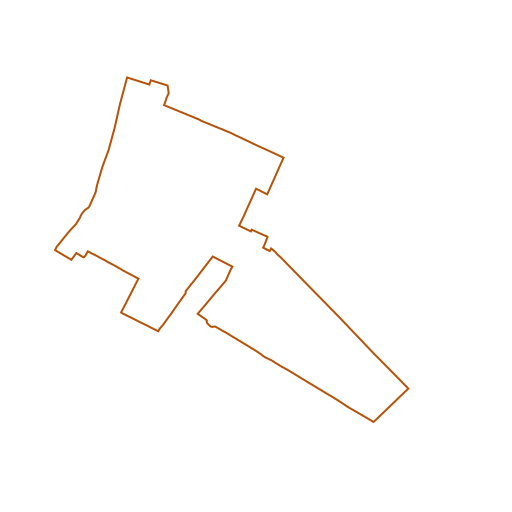 Gura Padinii, Romania (Albers equal-area conic projection), rotated 117°
{"feature_id": "2599482B60613524156855", "entity_name": "Gura Padinii", "entity_type": "district", "adm_level": 2, "iso_a3": "ROU", "parent_name": "Romania", "parent_adm1": "", "projection": "albers", "projection_center": [24.327, 43.755], "detail": "fine", "context": "isolated", "style": "outline", "palette": "amber", "viewbox_px": 512, "rotation_deg": 117, "n_neighbors": 0, "source": "geoboundaries", "source_scale": "gbopen_adm2", "svg_char_len": 3465}
<svg xmlns="http://www.w3.org/2000/svg" viewBox="0 0 512 512"><g transform="rotate(117 256 256)"><path d="M350.5,75.9L349.8,75.7L348.6,75.2L308.7,61.4L305.0,60.1L304.3,62.0L300.3,74.0L291.9,99.2L289.2,107.4L272.3,155.3L262.0,186.0L246.2,232.9L246.0,233.5L244.7,238.5L243.6,240.7L242.4,246.0L245.3,246.0L245.3,248.1L245.3,248.4L245.3,249.4L245.5,249.4L245.5,250.3L245.3,250.4L245.3,251.7L245.3,252.3L245.3,253.4L241.2,253.6L239.3,253.8L237.6,254.0L235.4,254.2L234.0,254.5L233.6,254.6L234.0,260.7L234.1,262.5L234.5,271.8L236.4,271.7L236.7,284.8L226.7,285.0L214.5,285.6L196.0,286.5L196.0,274.0L186.3,274.5L155.9,276.1L156.6,294.6L157.1,306.0L157.8,330.9L157.8,334.7L160.5,367.1L160.2,367.7L161.6,385.3L163.3,406.3L155.5,407.5L150.6,407.7L147.4,409.9L144.2,412.2L147.2,429.5L151.7,428.9L152.6,434.7L155.5,451.9L182.7,446.1L205.7,440.2L228.2,435.5L246.7,433.3L265.5,429.7L272.1,427.8L272.5,427.7L273.0,427.8L274.0,427.7L288.0,427.0L289.4,427.5L291.0,428.4L292.3,429.1L293.8,429.6L295.4,430.0L296.8,430.2L298.1,430.4L299.6,430.4L301.2,430.3L302.6,430.3L303.9,430.4L305.5,430.6L307.0,430.7L309.4,430.9L311.2,431.4L313.5,432.1L315.4,432.7L320.2,433.9L338.5,437.8L342.0,437.7L343.2,418.8L334.9,417.4L335.5,410.3L335.5,409.4L335.0,408.7L334.3,408.4L333.3,408.2L328.2,407.9L328.3,402.7L328.2,399.8L328.3,396.4L328.4,393.3L328.4,390.3L328.4,388.2L328.5,386.9L328.7,384.7L328.7,382.4L328.7,379.4L328.7,377.3L328.9,375.0L329.0,372.0L329.1,369.9L329.3,367.7L329.4,361.3L329.4,358.3L329.5,356.1L329.6,353.2L329.5,350.4L331.1,350.5L338.6,350.5L349.8,350.5L355.2,350.5L367.5,350.6L367.8,349.8L367.7,348.1L367.8,347.4L367.7,346.3L367.7,344.3L367.7,341.5L367.6,339.2L367.6,337.5L367.6,335.1L367.6,333.0L367.6,330.6L367.6,327.9L367.5,325.9L367.5,323.5L367.4,320.8L367.5,318.3L367.5,315.8L367.4,314.5L367.5,311.8L367.4,309.0L366.1,308.9L363.5,308.6L359.6,307.6L351.2,306.3L344.8,305.2L340.8,304.7L333.5,303.7L327.8,302.8L323.6,302.2L321.1,301.8L319.2,302.7L316.6,302.1L313.1,301.4L310.7,301.0L307.9,300.3L299.7,298.7L296.8,298.2L276.1,294.3L276.2,272.2L280.8,272.4L282.6,272.2L291.1,271.7L292.7,271.9L308.9,275.9L314.5,277.1L321.4,278.7L334.0,281.7L335.4,271.6L335.7,270.6L336.0,270.5L336.5,270.4L337.2,269.7L337.9,269.2L338.3,268.0L339.4,265.0L339.3,263.7L338.9,262.5L337.8,261.3L337.4,260.0L337.4,259.0L337.5,257.4L337.6,255.7L337.9,250.7L337.9,246.9L338.4,242.0L340.5,213.4L341.1,208.7L341.1,207.7L341.7,205.1L341.8,204.4L341.9,203.8L342.0,203.2L342.1,202.5L342.1,201.0L342.0,199.5L342.0,197.9L342.0,196.8L341.9,195.4L342.0,193.8L342.1,192.9L342.2,192.3L342.3,191.3L342.4,190.2L342.5,189.4L342.5,188.3L342.6,187.4L342.7,186.3L342.7,185.6L342.8,185.2L342.9,184.5L342.9,183.8L343.0,182.9L343.0,181.7L343.0,181.1L342.9,180.7L343.0,179.7L343.0,179.3L343.1,178.9L343.1,178.1L343.1,177.2L343.2,175.4L343.3,174.1L343.4,172.8L343.5,171.4L343.6,169.7L343.7,168.4L343.8,167.2L343.9,166.4L343.9,165.3L344.0,164.0L344.1,163.0L344.2,161.5L344.4,159.8L344.5,157.9L344.6,156.2L344.7,155.2L344.8,153.6L344.9,152.6L345.1,150.2L345.2,148.2L345.3,146.7L345.4,145.6L345.5,143.6L345.7,140.9L345.8,140.2L345.9,138.0L346.0,136.6L346.1,136.1L346.1,135.3L346.2,134.6L346.2,133.6L346.4,132.1L346.4,130.7L346.6,130.0L346.6,129.6L346.5,128.6L346.7,127.4L346.7,126.3L346.9,123.5L347.1,121.0L347.4,117.9L347.6,116.1L347.7,114.7L347.9,113.1L348.2,110.4L348.5,108.4L348.6,107.4L348.7,106.9L348.9,103.8L349.4,94.4L349.8,87.5L350.4,77.4L350.5,76.3L350.5,75.9Z" fill="none" stroke="#b45309" stroke-width="2"/></g></svg>